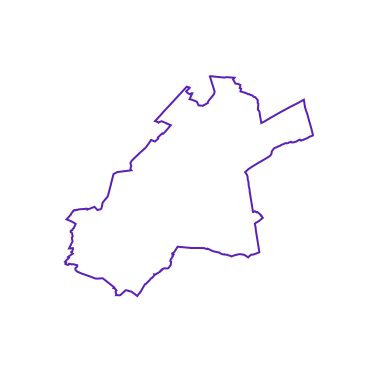 Medzes pag., Grobinas, Latvia (Equal Earth projection), rotated 144°
{"feature_id": "27541924B37027523872355", "entity_name": "Medzes pag.", "entity_type": "district", "adm_level": 2, "iso_a3": "LVA", "parent_name": "Latvia", "parent_adm1": "Grobinas", "projection": "equal_earth", "projection_center": [21.153, 56.615], "detail": "fine", "context": "isolated", "style": "outline", "palette": "violet", "viewbox_px": 384, "rotation_deg": 144, "n_neighbors": 0, "source": "geoboundaries", "source_scale": "gbopen_adm2", "svg_char_len": 5803}
<svg xmlns="http://www.w3.org/2000/svg" viewBox="0 0 384 384"><g transform="rotate(144 192 192)"><path d="M313.0,167.7L311.0,160.7L312.0,160.4L311.0,158.9L311.1,158.3L311.0,156.8L311.7,156.7L312.0,156.4L312.5,156.2L312.8,155.7L312.8,155.2L313.3,153.9L314.1,153.2L313.4,152.8L312.0,151.5L310.7,150.7L303.3,151.5L302.7,150.9L299.3,146.6L299.3,146.2L297.4,140.0L294.8,140.9L293.4,141.1L293.2,141.4L292.2,141.5L284.4,145.0L284.1,145.0L283.4,144.8L278.1,145.6L276.0,146.2L275.6,146.2L275.2,146.0L272.2,146.5L271.6,146.7L271.3,146.8L271.1,147.1L271.0,147.6L269.5,146.6L267.5,146.6L265.4,146.3L264.3,146.4L264.5,146.5L264.0,146.7L263.6,146.8L262.2,147.0L261.0,147.0L259.4,146.6L258.9,146.3L257.0,144.7L256.0,144.3L255.7,144.3L252.2,145.4L251.8,145.7L251.3,146.3L250.4,147.1L250.0,147.6L249.9,147.8L250.1,148.4L250.1,149.0L249.1,149.8L247.3,150.4L247.2,150.5L246.9,150.7L246.2,150.9L245.8,151.0L245.6,151.2L245.6,151.3L245.2,151.4L245.1,151.7L245.1,151.8L244.8,151.8L243.6,152.2L243.8,153.4L245.0,154.1L242.4,153.7L241.2,154.0L235.8,156.2L225.7,147.3L224.9,146.7L219.4,142.7L215.2,139.5L213.4,136.9L212.7,137.0L212.0,135.8L209.8,131.7L206.2,127.7L205.5,127.0L205.3,126.6L205.3,126.2L205.0,125.4L204.6,124.7L203.9,123.7L202.7,122.5L202.4,122.5L201.8,121.7L201.4,121.3L200.4,120.6L200.3,120.4L199.9,119.6L199.7,119.3L199.3,118.7L198.7,118.1L198.4,117.7L198.0,116.9L198.0,116.7L194.8,115.8L194.3,115.6L190.4,114.0L189.5,113.3L187.7,111.6L186.6,110.3L186.1,109.3L186.1,109.1L185.0,106.1L184.1,106.3L183.1,106.4L181.1,106.5L179.2,105.4L178.6,105.2L173.5,103.7L172.9,103.7L163.0,123.2L160.9,126.9L160.1,128.8L159.8,129.4L158.1,129.5L154.9,129.1L149.9,129.5L150.1,132.4L150.1,132.6L149.8,132.6L150.8,137.3L151.7,137.5L152.4,139.5L154.2,139.8L154.4,139.9L153.6,141.7L152.9,143.0L151.4,145.9L149.7,149.3L148.9,150.9L147.9,152.9L147.4,153.8L146.3,156.0L145.1,158.4L144.2,159.8L143.3,161.5L143.1,162.4L142.5,163.6L140.4,167.0L139.5,169.5L138.1,171.6L137.9,172.1L137.6,173.1L137.4,174.0L137.4,174.7L137.3,175.2L137.4,176.8L133.1,177.3L132.6,177.3L128.6,177.2L120.6,176.5L113.0,175.7L110.0,175.5L107.6,175.4L105.9,175.8L105.6,175.9L103.5,178.0L100.2,179.0L99.4,179.1L98.4,178.9L97.7,178.6L97.3,178.5L95.1,178.1L94.4,177.9L93.6,177.6L93.1,177.6L92.0,177.6L91.7,177.6L90.3,177.1L87.9,176.6L87.7,176.6L86.7,175.7L86.5,175.4L86.4,175.3L86.5,175.3L84.5,175.0L82.4,174.5L82.4,174.4L82.4,174.0L82.4,173.7L81.4,172.9L80.8,172.5L80.1,172.2L79.5,172.1L78.5,171.7L77.9,171.5L77.2,171.4L75.1,171.3L74.7,171.3L74.5,171.2L74.3,171.1L74.2,170.7L73.9,170.7L73.7,169.9L73.6,169.6L73.5,169.4L73.3,169.4L72.8,169.4L71.6,168.9L66.6,167.7L65.9,167.7L65.1,167.7L63.9,167.5L61.9,166.9L61.1,166.8L60.9,166.7L60.2,167.9L60.1,168.5L59.4,170.0L59.1,170.8L58.6,172.1L58.5,172.4L58.3,172.8L57.6,174.7L57.2,175.8L56.4,177.9L56.0,179.1L55.6,180.4L55.4,180.8L55.2,181.4L54.7,182.6L52.9,187.3L52.7,187.9L52.0,190.6L51.6,191.7L51.4,192.0L51.3,192.5L51.1,193.0L50.9,193.9L50.7,194.2L50.3,195.0L49.8,195.8L49.5,196.7L49.1,197.3L47.3,200.9L54.6,201.8L59.6,202.7L71.9,204.4L85.8,206.0L85.8,205.9L91.9,206.5L95.4,207.0L93.2,211.5L92.3,213.5L91.0,215.8L90.1,217.6L90.3,219.9L89.6,220.8L86.5,224.3L86.5,225.5L84.8,227.7L85.1,231.5L86.3,233.1L86.3,234.6L87.6,236.0L88.1,237.5L89.0,238.0L90.1,240.2L91.8,242.5L93.7,244.9L91.5,246.8L92.3,248.0L90.0,250.1L90.9,252.0L93.1,254.2L92.6,259.0L90.5,259.5L96.5,264.6L98.2,265.3L101.7,268.3L108.9,274.8L109.6,275.0L109.7,274.6L111.7,268.7L114.0,261.9L114.5,260.3L114.7,260.0L115.1,259.6L115.5,259.2L116.4,258.5L117.1,258.2L117.6,258.0L119.3,257.5L124.8,256.1L125.7,255.7L126.1,255.5L126.7,254.9L126.9,254.7L131.4,255.3L131.7,255.4L132.1,255.4L132.4,255.3L132.7,255.4L133.1,255.9L135.8,258.2L135.0,262.0L136.2,264.3L137.0,265.3L138.0,266.9L139.4,268.5L133.7,271.7L134.0,272.0L136.6,272.7L137.5,275.5L137.5,276.9L132.6,277.6L132.7,278.1L134.1,279.9L134.2,280.3L134.3,280.3L154.2,276.3L167.7,273.7L172.4,272.6L180.2,271.1L179.2,269.8L178.8,268.9L178.4,267.8L177.4,267.9L174.9,267.0L172.9,263.7L171.7,261.6L171.8,261.6L169.9,258.5L179.2,256.3L181.3,256.1L181.6,256.9L187.5,256.2L187.8,255.1L192.2,254.6L192.3,254.6L192.5,254.9L194.0,257.3L194.2,257.9L194.4,258.2L199.0,256.5L203.8,255.0L211.6,254.3L214.0,253.9L222.1,252.8L224.9,251.6L225.1,251.0L225.7,249.3L225.8,248.8L226.6,248.3L228.1,247.0L228.3,245.6L228.3,245.2L240.7,252.0L244.8,252.7L246.1,251.7L250.8,247.8L255.8,243.6L259.4,240.6L261.8,238.7L262.8,237.9L270.4,236.0L273.9,232.8L274.7,232.1L275.9,231.7L279.1,233.0L279.6,237.3L284.5,238.6L286.9,239.4L287.0,239.4L286.7,240.1L286.8,240.3L289.3,241.7L293.1,244.1L294.3,244.7L294.5,244.8L295.0,244.8L295.3,245.0L295.5,245.0L295.9,245.3L296.1,245.5L296.7,245.5L296.9,245.8L297.3,246.0L297.4,246.3L297.6,246.4L297.8,246.6L298.2,246.6L298.4,246.5L298.7,246.4L299.2,246.5L299.3,246.3L300.2,246.1L300.9,245.9L301.7,245.7L302.3,245.5L303.2,244.9L303.4,244.9L303.3,245.0L306.0,244.3L309.6,243.6L307.8,240.8L306.8,239.0L305.8,237.0L304.9,234.5L307.1,233.3L307.8,232.9L308.8,232.4L309.1,232.3L310.2,232.3L310.4,232.2L311.2,231.5L311.4,231.5L312.8,231.9L313.2,231.5L313.7,231.0L313.7,230.7L313.2,229.6L313.2,229.2L313.4,228.8L313.9,227.8L314.0,227.6L314.6,226.2L314.8,226.1L316.2,225.6L317.7,222.2L321.3,220.4L324.7,218.6L321.4,216.6L321.6,216.1L321.8,215.9L322.1,215.8L322.4,215.5L322.6,215.4L323.2,214.8L323.7,214.4L324.1,214.2L324.7,214.4L325.0,214.4L325.1,214.1L325.0,212.5L324.9,212.2L325.7,212.3L330.5,212.3L330.1,211.1L335.8,210.2L335.3,208.9L336.7,208.3L336.0,206.8L335.5,206.2L335.2,205.9L334.7,205.7L333.8,206.2L333.7,206.2L332.4,205.0L332.2,204.4L330.5,203.4L327.9,200.2L328.7,199.2L331.1,198.9L332.1,197.4L331.7,195.4L331.5,194.7L330.8,193.7L329.1,190.7L324.8,184.6L321.1,178.9L319.6,177.6L317.1,176.1L314.9,174.6L314.4,172.8L313.1,168.1L313.1,167.9L313.0,167.7Z" fill="none" stroke="#5b21b6" stroke-width="2"/></g></svg>